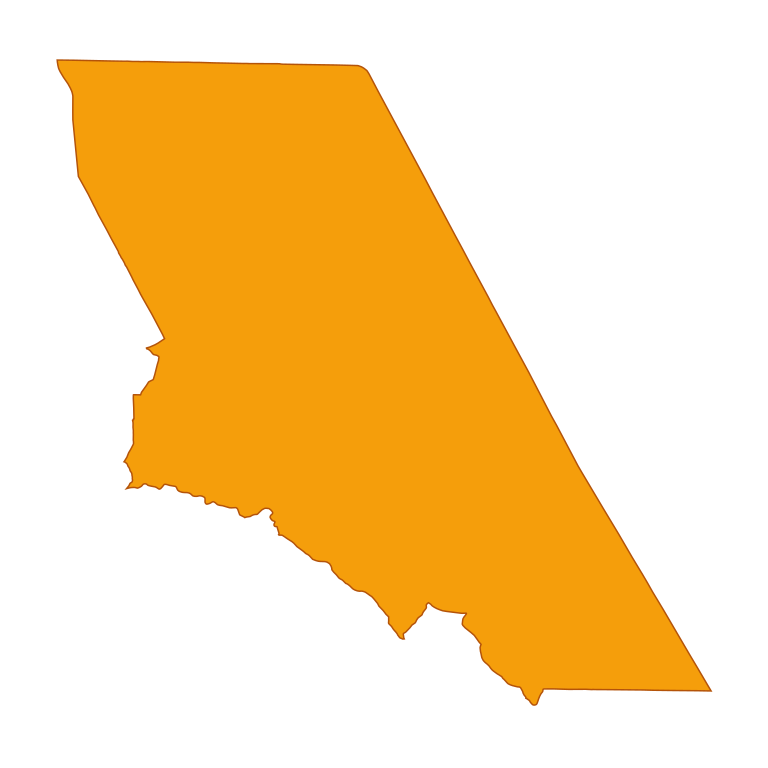 Wang Noi, Phra Nakhon Si Ayutthaya, Thailand, rotated 271°
{"feature_id": "78962969B3503763709973", "entity_name": "Wang Noi", "entity_type": "district", "adm_level": 2, "iso_a3": "THA", "parent_name": "Thailand", "parent_adm1": "Phra Nakhon Si Ayutthaya", "projection": "natural_earth1", "projection_center": [100.685, 14.236], "detail": "fine", "context": "isolated", "style": "filled", "palette": "amber", "viewbox_px": 768, "rotation_deg": 271, "n_neighbors": 0, "source": "geoboundaries", "source_scale": "gbopen_adm2", "svg_char_len": 6079}
<svg xmlns="http://www.w3.org/2000/svg" viewBox="0 0 768 768"><g transform="rotate(271 384 384)"><path d="M82.8,716.4L89.3,712.4L105.5,702.5L119.7,693.7L163.4,667.1L180.6,656.3L190.1,650.7L198.1,645.8L215.3,635.0L238.1,621.2L263.5,605.3L298.6,583.6L305.5,579.4L345.3,557.5L354.6,552.1L397.9,528.7L423.8,514.1L458.7,494.5L464.8,491.0L473.0,486.6L507.7,467.1L519.7,460.5L533.7,452.6L575.6,429.3L589.7,421.6L676.4,373.1L693.8,363.6L696.1,362.1L697.1,361.4L699.2,358.6L700.0,357.3L700.7,356.0L701.6,353.4L701.9,352.3L702.0,344.6L702.1,329.7L702.0,292.0L702.0,276.8L702.1,275.6L702.4,273.7L702.0,242.5L702.1,241.5L702.0,237.7L702.1,216.2L702.1,209.2L702.3,193.4L702.2,188.4L702.3,183.1L702.1,169.3L702.3,141.9L702.1,135.5L702.2,132.3L702.1,126.7L702.3,121.7L702.2,118.5L702.2,109.6L702.2,102.2L702.3,68.3L702.2,51.6L700.2,51.8L696.9,52.4L694.1,53.1L693.1,53.5L690.5,54.8L684.9,58.3L678.6,62.8L674.4,65.2L671.2,66.7L669.6,67.2L667.1,67.8L665.9,67.9L650.6,68.1L642.7,68.3L586.2,74.8L568.7,84.9L557.1,90.9L555.6,91.8L548.1,95.6L532.9,104.3L524.8,108.7L512.5,115.7L512.0,116.0L510.4,116.4L509.7,116.8L507.3,118.3L505.8,119.0L504.2,120.2L500.8,122.2L498.2,123.3L496.5,124.6L486.4,130.0L484.1,131.1L474.0,136.7L469.6,139.0L464.4,142.0L449.7,150.7L429.7,161.7L425.5,163.8L421.0,157.4L419.2,154.3L416.8,149.0L415.9,145.9L415.3,146.0L414.9,146.4L414.8,147.3L414.2,148.3L413.3,149.5L412.5,150.3L411.0,151.5L409.9,152.5L409.4,153.2L408.8,156.0L408.6,156.6L407.6,158.2L407.1,158.5L406.6,158.5L404.8,158.2L403.7,158.2L399.5,157.0L389.2,154.6L384.7,153.3L384.2,152.9L382.6,149.7L381.9,148.6L378.3,146.4L371.5,141.7L368.9,140.8L368.9,133.8L368.7,133.6L365.3,133.6L355.8,134.2L344.9,134.6L344.8,134.2L344.7,134.1L343.8,134.1L343.6,133.4L343.4,133.2L341.4,133.7L339.7,133.8L336.4,133.8L333.0,134.2L330.8,134.2L329.1,134.3L323.4,134.3L322.3,134.5L320.2,134.6L319.6,134.5L317.9,133.7L314.1,131.8L310.8,129.9L306.3,128.2L302.4,125.9L301.7,125.4L301.4,126.3L300.1,128.1L299.3,128.7L297.1,129.6L296.0,130.5L294.7,131.1L292.8,131.7L290.8,133.1L289.5,133.5L287.8,133.7L286.8,134.0L284.6,134.0L283.6,134.3L282.0,134.0L281.4,133.5L280.4,132.0L280.0,131.7L277.8,130.7L276.3,129.5L274.9,128.4L275.6,130.8L276.0,132.7L276.2,135.1L276.2,136.8L275.6,139.2L275.8,140.0L276.4,141.4L277.3,142.9L277.8,143.5L279.5,144.9L279.9,145.8L280.0,146.4L280.0,147.0L279.9,147.8L279.7,148.4L278.7,149.6L278.3,150.7L277.8,153.0L277.2,156.6L277.1,157.2L276.4,158.6L275.2,160.5L275.0,161.1L275.1,161.7L275.5,162.5L277.5,164.3L279.4,165.7L279.7,166.0L279.8,166.4L279.9,167.2L279.7,168.6L278.9,171.3L278.0,177.1L277.6,177.7L277.1,178.2L274.8,179.3L274.2,179.7L273.2,181.0L272.8,182.0L272.2,184.1L272.0,186.2L272.0,189.0L271.6,191.0L270.9,192.4L268.9,194.7L268.7,195.3L268.5,196.1L268.4,196.9L268.4,198.8L269.0,201.4L269.0,202.3L268.7,204.1L268.0,205.6L267.6,206.3L266.9,206.9L265.8,207.1L262.8,207.1L261.7,207.6L261.3,207.9L260.9,208.5L260.8,209.0L260.9,209.6L261.2,210.8L261.7,212.1L263.3,214.8L263.3,215.5L263.1,216.0L262.5,217.2L260.7,219.3L260.4,219.8L260.2,220.4L259.8,222.0L259.5,224.7L257.6,231.6L257.5,233.5L257.8,237.7L257.7,238.4L256.9,239.5L256.0,240.0L251.2,241.8L250.8,242.0L250.5,242.3L248.6,246.3L248.0,247.1L248.6,248.9L249.2,252.5L250.4,254.5L251.0,256.0L251.3,257.4L251.4,259.1L251.6,259.6L252.1,260.2L253.7,261.7L256.0,264.1L256.4,264.7L257.5,266.7L257.7,267.8L257.7,268.4L257.5,270.8L257.4,271.3L257.0,271.8L256.2,272.9L254.5,274.5L254.1,274.7L253.5,274.9L252.9,274.9L252.3,274.7L251.1,273.4L250.1,272.7L249.4,272.5L248.5,272.5L247.0,273.4L245.7,274.6L245.4,275.1L244.9,276.6L244.6,277.2L244.1,277.3L243.6,277.2L241.9,276.5L240.9,276.5L240.0,277.0L239.8,277.4L239.6,277.9L239.5,279.3L239.2,279.7L237.8,280.0L233.0,281.6L232.3,281.6L231.6,281.2L231.3,281.4L231.1,281.7L231.1,284.0L231.0,284.7L230.7,285.4L227.2,290.7L224.8,294.7L223.3,296.6L219.9,299.8L218.0,302.5L215.8,305.6L214.7,307.0L213.6,308.2L213.0,309.0L212.1,310.9L211.1,312.3L207.5,315.7L206.3,318.9L205.7,321.3L205.5,323.0L205.4,328.0L205.2,329.2L204.8,330.4L203.6,332.4L203.0,333.0L200.9,334.3L199.2,334.9L197.7,335.1L197.1,335.3L194.9,337.1L192.4,339.7L189.5,342.1L188.8,342.9L187.2,345.9L184.0,349.2L183.4,350.8L182.6,352.0L181.5,353.4L179.1,355.9L178.4,356.8L177.5,358.5L176.7,360.9L176.4,363.0L176.5,364.7L176.5,365.6L176.3,366.7L175.8,368.3L175.4,369.2L172.0,374.2L171.3,375.5L170.5,376.1L169.7,377.0L164.5,381.4L161.8,382.8L157.6,387.0L155.9,388.4L153.9,389.9L151.3,392.7L147.2,392.8L145.3,392.7L144.8,392.8L144.3,393.1L142.4,395.1L141.7,395.8L139.3,397.4L137.7,398.7L136.5,399.9L134.4,401.6L133.4,402.0L130.8,404.0L130.4,404.5L129.3,407.3L129.4,407.8L129.5,408.7L130.6,408.2L133.9,407.7L134.4,407.7L134.8,407.8L135.2,408.2L136.2,409.9L136.9,410.6L140.8,414.2L143.5,416.2L145.7,419.3L146.3,419.7L148.9,420.9L150.9,422.3L153.6,425.8L154.3,426.2L155.7,426.7L157.1,427.5L159.9,429.6L160.7,430.1L161.4,430.3L163.6,430.1L164.0,430.2L165.2,431.1L166.1,432.3L164.7,434.5L163.1,436.0L162.1,437.5L161.6,438.3L160.3,440.9L159.2,443.8L158.3,446.6L157.7,450.6L156.2,464.6L156.1,466.1L156.3,469.9L156.2,470.3L155.7,470.4L154.0,469.3L152.2,467.9L150.7,467.1L149.3,466.8L146.0,466.5L145.4,466.4L144.9,466.6L144.0,467.1L141.6,469.4L136.9,475.5L134.2,478.7L130.2,481.7L127.7,483.5L125.5,485.5L125.2,485.6L124.3,485.2L122.4,484.7L121.7,484.7L118.4,485.1L116.5,485.6L112.5,486.5L111.3,487.0L109.3,488.1L107.8,489.5L107.0,490.4L105.6,492.2L103.8,494.1L101.8,495.5L100.2,496.9L99.0,498.3L96.5,501.8L93.5,506.8L91.7,508.0L90.9,509.0L87.3,512.4L86.5,513.3L86.0,514.3L85.4,515.6L84.7,517.7L83.8,521.5L83.5,523.0L83.4,524.7L83.3,525.0L82.9,525.6L82.2,526.2L79.2,527.9L78.4,528.2L77.5,528.4L75.3,529.6L74.0,530.8L73.4,531.2L72.8,531.4L72.3,531.3L72.0,532.0L70.3,534.6L69.6,535.2L68.2,536.0L66.3,537.8L65.7,538.7L65.6,540.0L65.8,540.9L66.2,541.8L66.9,542.4L68.1,542.9L72.2,544.2L75.0,545.3L76.9,546.3L79.2,548.0L81.5,548.4L81.7,548.8L81.9,549.5L82.0,553.2L82.1,558.6L81.9,574.4L82.3,590.9L82.1,597.0L82.1,597.7L82.3,598.1L82.2,598.8L82.2,602.1L82.3,610.0L82.6,648.0L82.5,658.6L82.6,678.6L82.8,702.4L82.8,716.4Z" fill="#f59e0b" stroke="#b45309" stroke-width="1.5"/></g></svg>